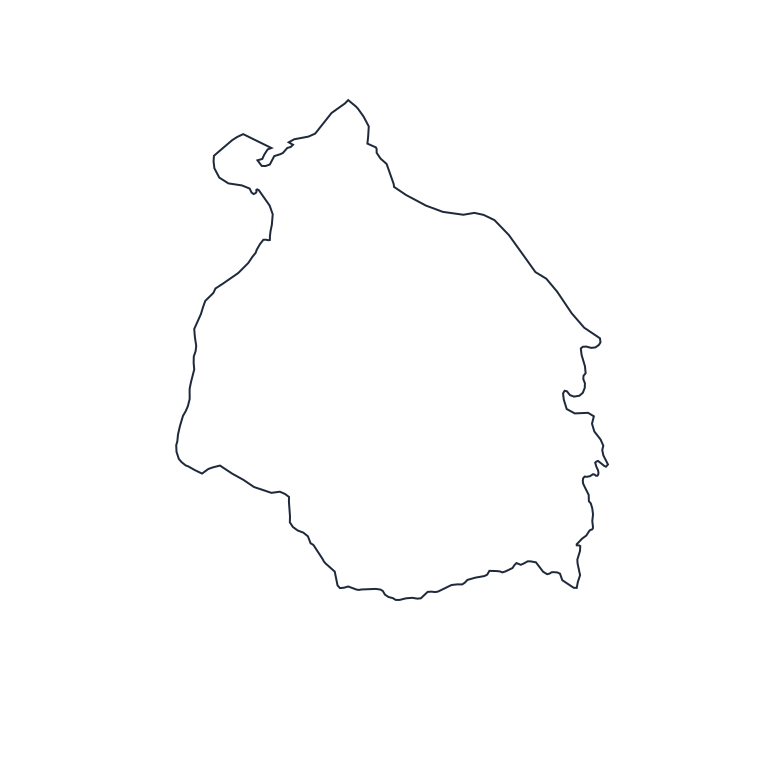 the border of Romania, rotated 223°
{"feature_id": "ROU", "entity_name": "Romania", "entity_type": "country or territory", "adm_level": 0, "iso_a3": "ROU", "parent_name": "Europe", "parent_adm1": "", "projection": "orthographic", "projection_center": [24.529, 45.967], "detail": "fine", "context": "isolated", "style": "outline", "palette": "slate", "viewbox_px": 768, "rotation_deg": 223, "n_neighbors": 0, "source": "natural_earth", "source_scale": "50m", "svg_char_len": 3454}
<svg xmlns="http://www.w3.org/2000/svg" viewBox="0 0 768 768"><g transform="rotate(223 384 384)"><path d="M574.5,423.8L581.1,432.2L589.3,436.5L607.9,440.4L609.5,439.8L609.7,438.8L608.3,437.6L608.1,436.0L608.9,434.0L611.4,433.7L615.6,435.3L623.4,432.3L634.6,424.6L645.2,422.6L655.2,426.1L660.5,430.6L664.0,434.9L663.4,440.6L663.0,444.2L661.3,458.9L659.9,464.4L657.4,470.7L627.3,479.8L629.1,476.2L628.0,470.1L626.5,465.6L629.1,461.3L622.2,460.1L619.3,462.6L617.2,466.7L619.7,475.8L616.7,481.1L615.5,484.0L615.7,490.7L613.9,493.7L613.7,496.9L618.5,495.8L616.6,501.7L608.0,513.4L605.1,520.2L607.2,546.5L603.9,562.5L603.8,567.2L593.9,567.8L590.9,567.6L581.5,565.7L570.8,562.0L564.3,554.1L560.1,548.5L551.3,551.5L549.6,550.8L547.1,548.1L540.3,546.5L532.1,546.7L513.2,536.8L511.1,535.0L496.6,537.3L474.9,543.1L458.4,550.0L441.4,561.9L434.6,570.8L426.5,575.6L415.0,579.2L394.3,578.1L372.7,573.8L349.6,569.1L337.1,571.7L320.3,569.6L294.9,563.7L276.0,561.7L257.2,564.7L254.1,562.1L253.5,559.2L254.3,555.0L257.0,551.8L261.6,549.3L264.0,546.8L264.3,544.2L259.3,540.0L249.1,534.0L244.9,530.3L243.9,529.4L243.7,526.1L241.6,523.5L237.6,521.6L234.6,518.2L232.6,513.2L233.1,508.7L236.4,504.4L240.4,502.7L245.3,503.4L247.3,502.2L246.6,499.2L241.9,495.2L233.3,490.3L224.4,492.6L215.1,502.1L208.5,503.5L204.8,496.8L197.8,492.7L187.7,491.1L181.5,488.4L179.3,484.5L174.9,481.4L165.3,477.9L165.3,474.9L166.9,474.3L170.3,474.1L175.0,473.7L175.8,472.0L175.9,470.5L172.4,468.4L168.7,466.9L166.8,465.5L165.6,464.0L165.4,462.4L166.6,461.4L168.1,461.4L169.6,460.6L170.5,457.0L172.6,454.2L174.1,453.2L174.1,451.0L172.7,448.9L170.7,447.1L167.8,445.9L158.7,442.5L154.2,438.0L151.3,437.7L146.9,435.1L142.2,431.2L138.2,425.8L133.8,422.1L132.7,420.7L132.7,419.3L133.6,417.9L133.6,416.3L132.7,411.1L133.7,405.7L133.7,400.5L133.8,398.2L133.0,397.5L132.1,398.2L131.0,399.1L129.9,399.3L126.7,395.4L122.9,387.5L120.1,384.8L114.8,381.1L110.2,377.9L107.2,371.4L104.0,366.3L106.4,364.3L119.8,362.1L125.9,365.3L128.7,364.4L131.5,362.2L133.1,360.5L133.5,358.5L134.9,356.2L139.5,355.2L151.3,357.2L156.2,354.0L158.0,352.3L159.3,348.2L160.7,345.0L165.0,343.4L165.1,340.4L164.5,337.1L167.3,329.9L168.9,327.0L171.4,326.0L174.3,323.8L179.5,319.2L178.5,315.0L179.6,312.0L185.1,304.7L189.4,297.6L189.4,293.9L190.1,290.8L193.7,287.5L197.5,283.1L202.9,269.1L204.6,266.8L207.9,264.3L210.3,261.7L210.9,252.4L213.2,249.8L217.5,246.9L221.8,242.2L225.4,236.6L228.1,234.1L231.6,233.4L235.4,231.3L239.6,230.6L243.7,231.8L246.3,231.3L250.2,228.6L260.4,218.3L261.9,216.3L263.9,214.9L272.1,211.5L274.2,207.9L277.0,204.7L280.6,205.0L292.1,213.2L304.6,212.9L306.9,213.2L307.6,213.4L309.1,214.0L325.7,218.1L328.3,217.7L329.0,217.4L335.7,220.7L341.6,220.3L347.2,218.0L353.1,217.3L358.5,218.6L362.6,223.2L373.2,233.0L376.4,236.6L381.3,236.1L386.7,234.2L392.1,227.6L408.8,220.0L421.5,218.0L433.9,214.9L448.3,212.5L452.3,206.3L454.5,202.1L456.0,194.4L463.6,192.0L470.9,190.3L473.5,189.2L478.9,188.8L483.0,189.3L489.5,192.9L494.2,197.5L496.1,201.2L500.1,206.4L504.4,213.8L509.3,223.6L510.4,228.6L512.3,234.0L515.9,240.5L522.6,247.6L523.5,248.9L526.6,254.0L532.7,265.2L537.6,269.6L541.9,274.4L544.1,279.4L547.3,283.8L554.5,289.5L560.3,294.8L565.6,310.3L569.1,317.5L571.4,322.9L570.9,334.2L572.4,338.9L570.2,347.8L566.3,365.7L565.8,379.9L567.0,387.4L567.3,392.3L568.6,395.3L570.1,401.7L570.6,407.2L568.9,408.9L566.6,410.3L565.7,411.5L568.0,414.0L571.3,418.5L574.5,423.8Z" fill="none" stroke="#1e293b" stroke-width="2"/></g></svg>